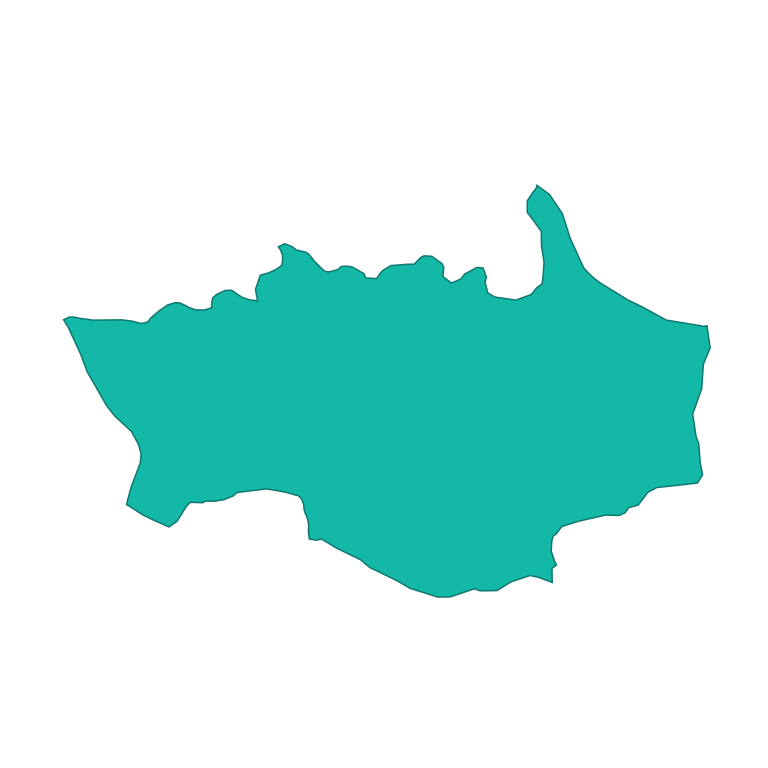 the district of Al Bab, Aleppo, Syria, rotated 274°
{"feature_id": "27442178B24628051118006", "entity_name": "Al Bab", "entity_type": "district", "adm_level": 2, "iso_a3": "SYR", "parent_name": "Syria", "parent_adm1": "Aleppo", "projection": "equal_earth", "projection_center": [37.625, 36.397], "detail": "fine", "context": "isolated", "style": "filled", "palette": "teal", "viewbox_px": 768, "rotation_deg": 274, "n_neighbors": 0, "source": "geoboundaries", "source_scale": "gbopen_adm2", "svg_char_len": 4434}
<svg xmlns="http://www.w3.org/2000/svg" viewBox="0 0 768 768"><g transform="rotate(274 384 384)"><path d="M259.9,585.6L260.7,587.7L268.7,614.2L269.2,627.4L272.2,633.4L277.7,636.7L281.0,646.1L294.2,654.6L299.7,663.2L304.1,687.7L307.1,703.6L315.6,708.1L327.6,704.9L346.2,702.2L353.7,698.9L375.5,694.0L385.2,696.7L401.3,701.2L426.0,701.2L429.0,702.2L442.8,706.8L446.5,706.0L464.6,702.1L464.4,701.3L464.2,700.5L463.8,699.0L464.8,689.5L467.4,661.3L478.2,637.8L483.3,625.3L484.6,621.9L497.5,597.2L497.7,596.7L497.9,596.4L498.0,596.2L498.1,595.9L498.3,595.7L498.4,595.4L498.5,595.2L498.7,594.9L498.8,594.7L498.9,594.4L499.1,594.2L499.2,593.9L499.4,593.7L499.5,593.4L499.6,593.2L499.8,592.9L499.9,592.7L500.1,592.5L500.2,592.2L500.4,592.0L500.5,591.7L500.8,591.2L501.0,591.0L501.1,590.8L501.3,590.5L501.4,590.3L501.6,590.0L501.7,589.8L501.9,589.6L502.0,589.3L502.2,589.1L502.3,588.8L502.5,588.6L502.7,588.4L502.8,588.1L503.0,587.9L503.1,587.7L503.3,587.4L503.5,587.2L503.8,586.7L504.0,586.5L504.1,586.3L504.3,586.0L504.5,585.8L504.6,585.6L504.8,585.4L505.0,585.1L505.1,584.9L505.3,584.7L505.5,584.5L505.6,584.2L505.8,584.0L506.0,583.8L506.2,583.6L506.3,583.3L506.5,583.1L506.7,582.9L506.9,582.7L507.0,582.5L507.2,582.2L507.4,582.0L507.6,581.8L507.8,581.6L508.0,581.4L508.1,581.2L508.3,581.0L508.5,580.7L508.9,580.3L509.1,580.1L509.2,579.9L509.4,579.7L509.6,579.5L509.8,579.3L510.0,579.1L510.2,578.9L510.4,578.6L510.6,578.4L510.8,578.2L511.0,578.0L511.2,577.8L511.3,577.6L511.5,577.4L511.7,577.2L511.9,577.0L512.1,576.8L512.3,576.6L512.5,576.4L512.7,576.2L512.9,576.0L513.1,575.8L513.3,575.7L513.5,575.5L513.7,575.3L513.9,575.1L514.1,574.9L542.7,559.4L566.3,550.1L584.6,535.9L592.8,522.7L591.6,522.6L590.4,522.5L584.3,518.3L576.7,514.2L565.2,514.9L558.6,520.8L547.1,530.3L532.7,531.5L516.7,535.2L502.6,535.2L494.9,534.7L490.8,529.8L483.6,524.7L476.9,509.8L477.7,499.2L478.4,488.7L482.1,481.2L492.6,477.7L497.8,478.7L506.6,474.8L506.8,468.5L499.2,456.7L494.1,453.3L489.4,444.2L495.3,435.2L504.6,435.5L508.1,433.5L514.7,422.8L514.7,415.0L512.3,411.3L505.7,405.9L505.0,398.5L502.6,382.6L500.0,378.9L497.0,374.7L495.2,373.3L493.4,371.9L488.7,369.4L488.4,358.5L492.8,356.1L498.3,344.6L499.0,340.2L498.4,333.5L495.0,330.0L492.1,322.1L492.0,317.7L494.9,313.6L501.1,306.5L508.0,300.2L510.0,297.0L511.5,287.3L514.5,282.9L517.0,275.0L513.4,269.1L510.2,271.6L505.3,273.8L500.5,274.2L495.4,273.8L492.7,270.8L490.2,267.3L486.6,260.7L485.3,256.8L483.9,253.0L475.1,250.7L469.5,249.2L466.1,250.0L460.9,251.4L458.1,252.1L458.2,250.5L458.3,248.9L458.5,244.2L459.3,241.2L460.6,236.4L462.3,233.3L463.0,232.1L465.0,228.7L466.8,225.7L466.3,219.1L461.8,211.0L458.0,207.1L451.7,206.5L451.1,206.4L449.7,206.6L448.0,206.8L445.3,199.8L444.9,192.7L444.7,191.0L445.7,187.7L446.8,183.9L449.1,178.7L450.5,174.8L450.7,174.5L450.6,173.5L450.5,169.8L447.7,162.5L441.1,154.5L440.2,153.4L438.1,151.3L433.5,146.6L429.5,144.2L428.2,140.6L427.5,137.6L427.4,136.9L427.8,135.0L429.1,128.6L429.7,118.2L427.4,89.2L427.8,83.4L428.1,77.7L429.1,69.9L429.0,66.8L428.9,65.4L427.9,63.7L425.7,59.9L421.9,62.6L419.5,64.3L418.9,64.8L418.3,65.2L414.6,67.2L400.8,74.8L393.8,78.7L382.6,83.9L375.6,87.0L373.5,88.4L371.8,89.6L362.7,95.7L358.9,98.2L354.7,101.0L343.0,108.8L333.1,117.8L326.8,125.7L319.0,135.4L314.7,138.1L306.3,143.5L300.3,145.5L298.4,146.1L298.2,146.2L298.0,146.3L297.0,146.6L288.5,146.4L269.7,140.8L263.3,138.9L252.0,136.7L245.7,135.6L243.7,139.6L240.2,146.0L236.6,152.4L231.8,164.5L226.4,179.5L232.8,187.3L242.0,192.1L248.4,195.6L252.5,199.1L252.9,211.1L254.8,214.3L255.2,222.8L257.4,232.3L259.2,236.1L261.6,241.0L265.1,244.6L265.5,245.0L265.7,246.2L266.9,252.1L270.9,272.7L271.2,273.9L269.7,289.1L269.3,293.0L267.6,301.0L267.1,303.2L267.0,303.8L266.5,306.6L265.5,307.6L263.2,310.0L258.4,312.3L253.9,312.9L250.9,313.8L250.7,313.9L246.7,316.1L243.3,317.4L237.5,318.8L233.6,318.8L232.2,318.8L229.9,319.2L227.6,319.6L224.1,320.4L223.9,322.9L223.8,323.5L223.6,326.7L223.5,328.2L224.4,330.4L225.1,332.2L217.0,348.0L211.5,361.8L207.0,372.9L200.0,382.5L192.6,401.0L188.4,411.3L187.7,412.6L186.8,414.6L186.3,415.5L186.0,416.2L185.1,417.9L181.9,424.4L178.6,438.4L175.2,452.4L176.2,464.9L179.0,471.6L186.0,488.3L184.4,494.5L185.8,511.1L195.5,524.6L203.2,543.1L201.8,552.1L197.8,565.7L211.7,564.4L213.6,566.6L215.6,568.7L219.4,566.4L225.2,564.0L228.7,562.5L232.4,562.4L239.2,562.3L244.3,563.4L246.5,566.3L254.2,571.2L259.9,585.6Z" fill="#14b8a6" stroke="#0f766e" stroke-width="1.5"/></g></svg>